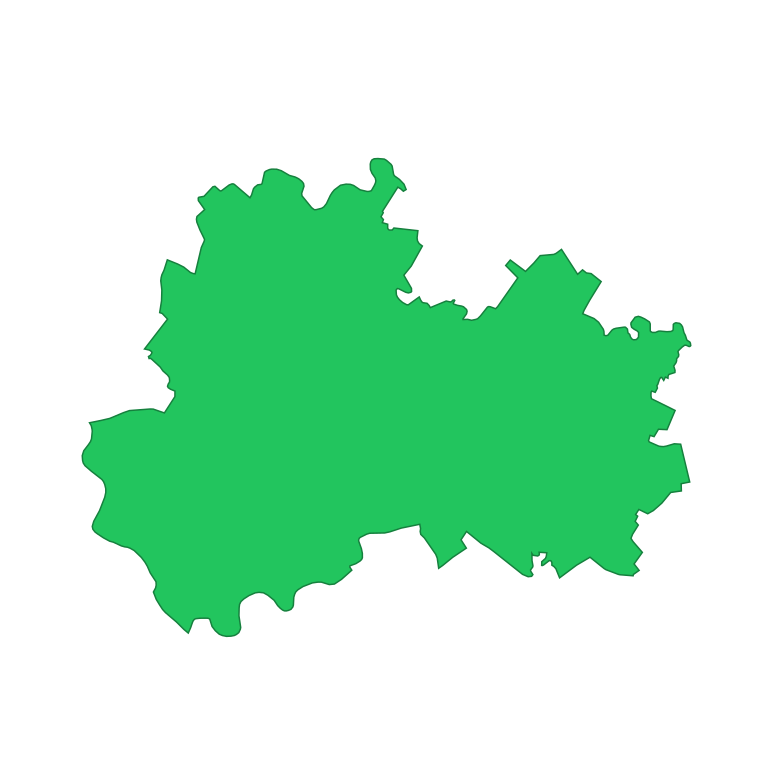 Gia Loc, Hải Dương, Vietnam, rotated 262°
{"feature_id": "81297802B14141540631295", "entity_name": "Gia Loc", "entity_type": "district", "adm_level": 2, "iso_a3": "VNM", "parent_name": "Vietnam", "parent_adm1": "Hải Dương", "projection": "orthographic", "projection_center": [106.289, 20.847], "detail": "fine", "context": "isolated", "style": "filled", "palette": "green", "viewbox_px": 768, "rotation_deg": 262, "n_neighbors": 0, "source": "geoboundaries", "source_scale": "gbopen_adm2", "svg_char_len": 6142}
<svg xmlns="http://www.w3.org/2000/svg" viewBox="0 0 768 768"><g transform="rotate(262 384 384)"><path d="M204.2,412.5L193.9,412.5L196.1,416.8L202.8,427.9L210.0,442.7L219.0,438.6L226.5,445.2L212.7,458.0L207.2,465.0L202.9,469.3L176.2,494.7L173.1,499.9L173.0,503.4L174.5,504.9L178.3,503.2L179.4,503.2L182.2,505.9L183.5,506.2L188.5,506.0L195.6,506.9L193.6,507.8L192.3,512.3L193.0,513.8L194.0,514.2L195.8,514.2L194.2,521.7L190.7,520.7L188.8,519.6L186.1,515.5L182.4,514.9L182.2,515.5L182.6,516.9L186.0,522.8L186.0,523.9L185.4,524.9L183.8,525.4L181.2,525.0L179.7,526.8L177.2,528.5L167.6,530.9L177.8,549.5L183.8,563.9L170.5,576.4L169.2,578.0L162.9,589.5L162.3,591.0L159.4,604.0L160.7,604.5L163.9,610.7L171.0,606.6L181.3,616.4L193.4,608.6L196.8,607.1L200.7,609.3L208.9,616.2L213.0,613.6L217.8,616.8L219.7,615.0L224.3,618.9L218.8,627.1L221.3,633.3L227.4,642.6L236.7,652.8L236.7,663.6L243.9,664.4L244.4,673.1L283.1,669.4L284.4,663.1L283.2,655.0L283.1,652.0L283.6,649.6L284.2,647.5L289.7,638.6L291.1,638.1L296.1,640.3L294.3,644.1L301.0,649.5L299.4,657.9L317.3,668.6L332.0,647.1L332.3,646.8L335.0,646.7L338.7,647.3L339.7,648.2L338.0,651.4L341.9,654.2L344.5,654.0L345.4,655.0L350.2,657.4L351.9,658.8L351.9,659.9L348.6,661.5L351.7,663.6L350.2,666.0L352.3,666.4L353.8,667.4L354.9,673.7L357.1,674.1L361.5,673.4L364.4,676.1L366.2,677.0L368.3,677.3L370.3,679.5L372.0,680.0L375.1,679.6L376.1,680.3L379.1,684.4L380.5,687.0L380.4,688.5L378.6,691.4L378.7,692.3L379.3,693.1L381.8,693.1L383.0,692.7L385.1,690.3L385.7,690.0L390.3,689.2L393.1,688.2L399.0,687.6L401.1,686.7L402.9,685.2L404.0,681.6L403.6,679.9L402.8,678.8L397.6,677.9L396.7,677.3L396.1,675.5L396.4,671.5L398.0,664.7L398.1,663.1L397.3,660.0L397.7,656.9L398.9,655.3L399.9,655.1L406.4,656.0L408.5,655.5L412.2,651.2L414.5,647.7L415.6,645.3L415.2,642.0L410.2,637.1L408.7,636.8L405.7,637.1L403.5,639.2L401.4,642.0L399.6,643.3L394.9,642.5L392.9,640.2L393.0,637.4L393.8,636.0L396.0,634.7L398.9,634.2L400.7,632.7L404.5,632.7L406.6,631.1L406.9,629.9L406.9,621.6L406.5,619.0L405.6,617.2L401.1,612.4L400.9,610.5L401.7,608.8L405.6,609.1L407.7,608.8L415.3,605.1L419.6,601.1L425.9,590.6L429.0,592.3L438.4,599.4L455.2,613.3L464.5,604.5L465.8,599.9L469.4,596.5L465.7,591.0L492.6,578.5L489.4,572.6L488.7,570.2L489.4,556.5L483.0,549.3L475.8,539.8L489.2,526.3L484.4,521.0L470.5,531.3L444.7,507.2L443.0,505.0L445.7,500.0L446.1,498.5L445.8,497.2L437.9,488.9L435.6,485.8L435.2,484.0L434.9,479.6L436.4,475.8L436.8,471.2L437.4,471.2L442.0,475.5L444.5,476.4L446.3,476.1L449.4,473.5L450.4,471.6L451.7,467.6L453.5,464.1L454.3,463.8L456.9,465.7L457.4,465.4L457.5,464.0L456.3,462.4L456.0,461.2L457.5,457.1L453.2,440.5L455.5,439.6L457.9,437.9L459.1,433.9L460.0,432.9L462.2,431.9L465.3,431.0L459.0,419.0L459.4,417.4L462.1,413.8L465.3,411.0L468.1,409.4L470.5,408.7L475.3,409.0L476.7,410.5L476.2,411.9L471.8,418.3L470.8,420.8L471.1,423.4L471.8,424.2L474.9,424.5L489.0,418.8L497.0,427.4L515.3,441.2L518.2,438.3L521.0,437.1L524.1,437.1L531.1,438.9L537.1,415.5L535.4,413.7L535.6,411.1L536.1,410.2L537.5,409.3L541.7,409.9L544.0,404.8L546.9,406.3L550.0,404.3L553.7,407.1L555.2,406.5L577.0,425.1L575.0,427.6L572.2,430.0L573.5,433.0L579.1,431.6L584.4,427.8L588.7,423.3L590.2,422.7L598.7,422.4L600.5,421.6L605.1,417.6L606.7,415.6L608.1,409.3L608.4,405.5L607.6,403.3L605.7,401.8L603.7,401.0L598.4,400.4L594.4,401.4L589.2,404.0L586.3,404.2L584.3,403.5L581.9,402.0L577.2,398.4L576.8,396.1L577.0,394.1L579.6,387.4L584.8,381.6L586.4,378.5L587.2,374.2L586.9,368.6L583.1,361.8L580.8,359.3L578.2,357.1L570.6,352.1L567.7,349.0L566.7,346.7L566.1,341.2L566.2,339.6L566.8,338.7L568.8,336.8L581.7,329.0L584.2,329.0L591.0,332.3L593.8,332.2L596.1,330.9L599.0,328.2L600.3,326.4L601.4,324.7L603.7,319.4L609.5,312.0L611.6,307.7L612.4,302.8L612.3,300.4L611.3,296.8L610.3,295.2L599.4,291.1L598.8,290.3L598.8,286.6L596.9,283.3L595.5,281.9L589.7,279.2L587.1,277.2L602.5,263.6L603.2,262.4L603.3,261.1L602.6,258.3L598.0,250.0L597.9,249.1L598.3,248.3L603.3,244.1L603.1,242.0L594.9,231.9L594.7,226.7L594.0,225.9L591.4,225.7L581.7,230.7L575.9,222.1L573.3,221.2L570.3,221.2L562.1,223.2L552.3,226.4L550.6,225.9L544.6,222.1L519.4,212.3L519.9,210.5L521.3,207.9L527.6,202.0L531.5,196.4L537.1,186.7L527.3,182.0L523.0,179.2L520.3,178.1L517.2,177.3L508.0,177.1L497.4,175.3L485.9,171.8L484.7,174.2L478.4,178.7L452.0,151.7L450.2,156.5L448.5,158.3L447.4,158.6L445.9,157.6L444.8,156.5L444.0,154.6L441.9,154.9L441.9,156.3L440.9,157.4L432.0,164.7L427.7,166.9L423.0,170.9L420.3,172.3L417.3,172.2L415.7,171.8L414.1,170.4L411.9,169.3L410.4,169.8L408.5,171.9L406.1,176.0L400.6,175.2L385.9,162.5L391.3,151.9L391.8,148.7L393.1,128.3L391.9,122.1L388.1,107.6L387.3,98.7L386.6,87.0L383.5,88.3L379.7,88.6L377.7,88.5L370.3,86.7L367.8,85.3L365.1,82.9L359.7,77.4L355.0,75.2L350.3,74.9L347.6,75.2L344.6,76.6L338.2,82.2L328.7,91.4L326.3,92.7L323.2,93.5L319.0,93.9L315.3,93.4L310.7,91.7L298.2,84.7L288.5,77.5L283.6,75.3L280.7,75.5L277.7,77.2L275.3,79.6L270.6,84.9L266.5,90.5L265.0,94.0L260.2,101.4L258.8,104.6L258.1,107.2L256.8,109.6L253.9,113.4L246.0,119.6L240.8,122.5L236.4,124.3L229.5,126.2L219.9,130.7L216.5,130.4L213.8,129.4L210.1,126.7L202.4,128.5L196.8,130.9L191.5,133.4L188.0,135.8L177.4,145.2L168.7,151.8L164.6,155.5L169.4,158.5L174.5,161.1L176.1,162.1L177.3,163.4L177.8,164.8L177.7,168.9L176.9,175.1L176.5,177.2L175.6,178.7L167.8,180.0L163.2,182.6L159.2,186.0L157.4,189.0L156.0,193.0L155.6,197.5L155.8,200.9L156.5,203.0L158.0,205.6L161.1,207.6L162.9,208.2L174.6,208.1L182.5,209.4L185.9,210.3L188.5,212.1L190.7,215.3L193.3,220.9L195.1,227.4L195.1,231.2L194.0,235.6L191.0,239.6L185.1,245.1L179.3,247.9L176.2,250.2L174.3,252.1L173.2,253.8L172.9,255.7L173.1,257.9L173.8,260.5L175.9,262.7L177.7,263.5L185.4,265.0L188.5,266.4L190.5,267.8L192.2,270.1L194.7,275.6L197.0,285.4L197.0,291.1L196.5,294.4L193.0,301.9L192.8,307.1L196.5,314.8L204.1,326.2L207.5,324.6L208.7,325.0L210.0,331.1L212.0,335.6L213.3,337.4L214.9,338.4L219.2,339.0L224.1,338.7L231.8,337.1L233.2,337.2L234.8,338.1L235.5,339.3L237.7,345.9L238.2,349.1L236.4,364.0L236.8,369.3L238.9,381.0L240.1,399.9L235.7,400.1L232.9,399.3L229.9,399.5L225.9,402.6L208.2,411.5L204.2,412.5Z" fill="#22c55e" stroke="#15803d" stroke-width="1.5"/></g></svg>